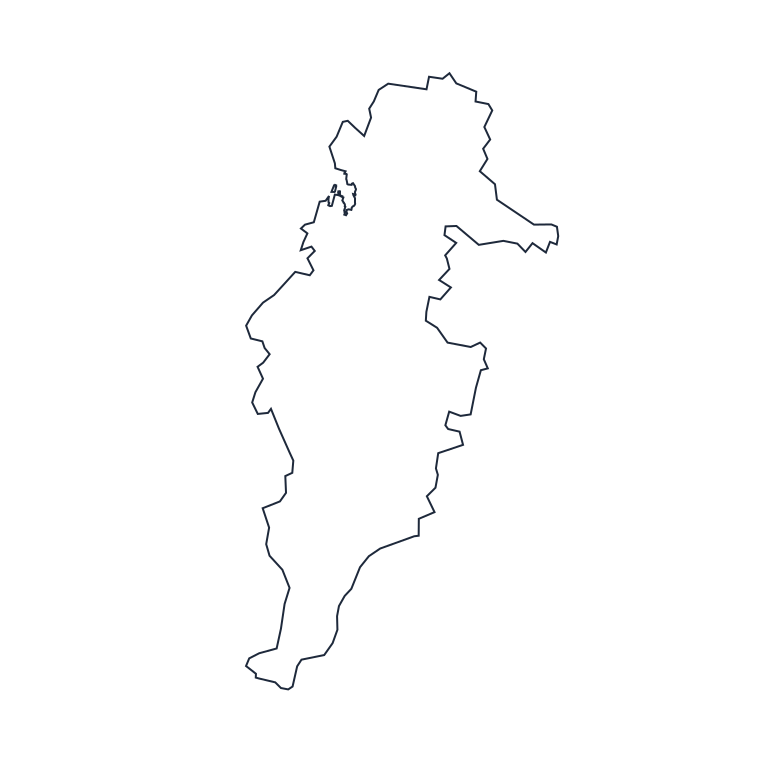 Kitab, Kashkadarya, Uzbekistan, rotated 100°
{"feature_id": "79887680B27761464779200", "entity_name": "Kitab", "entity_type": "district", "adm_level": 2, "iso_a3": "UZB", "parent_name": "Uzbekistan", "parent_adm1": "Kashkadarya", "projection": "mercator", "projection_center": [67.005, 39.192], "detail": "fine", "context": "isolated", "style": "outline", "palette": "slate", "viewbox_px": 768, "rotation_deg": 100, "n_neighbors": 0, "source": "geoboundaries", "source_scale": "gbopen_adm2", "svg_char_len": 3144}
<svg xmlns="http://www.w3.org/2000/svg" viewBox="0 0 768 768"><g transform="rotate(100 384 384)"><path d="M527.4,323.5L510.7,326.3L501.4,312.0L487.1,322.3L477.2,315.3L464.1,315.2L458.1,318.2L442.7,318.6L430.2,295.6L417.8,301.3L417.2,313.0L414.0,316.4L399.9,315.0L402.1,303.0L398.9,293.4L371.7,292.8L353.6,291.0L350.6,284.5L342.3,290.0L331.3,289.7L326.5,296.5L332.5,305.0L332.2,328.6L319.4,341.5L314.4,353.8L305.6,354.8L290.3,354.4L290.9,343.2L277.3,334.9L272.0,347.8L259.3,339.5L249.5,343.9L246.7,346.1L232.5,337.4L226.9,350.3L218.1,350.7L215.8,340.1L230.5,314.8L222.3,291.3L222.6,277.0L229.4,267.6L219.5,262.2L226.4,247.4L215.2,245.2L216.6,238.2L208.1,238.1L199.1,241.0L197.8,246.9L201.0,264.0L182.9,304.8L168.0,309.4L157.8,326.6L144.4,321.2L135.1,327.2L124.8,321.9L113.5,329.8L95.8,324.9L90.2,329.8L89.9,342.9L80.1,343.9L75.4,365.0L66.6,373.5L73.2,379.3L73.6,393.0L86.4,393.3L87.5,432.0L95.3,440.3L107.5,443.1L115.4,446.4L123.9,443.0L143.2,446.6L136.9,456.7L131.1,465.4L133.0,470.1L148.7,473.6L159.7,479.0L175.2,470.7L180.0,469.4L180.8,463.4L181.2,458.8L183.0,459.3L183.1,459.6L183.8,459.6L183.7,457.4L184.0,457.1L188.8,456.8L189.3,456.4L192.0,455.3L193.4,454.9L193.8,454.0L193.5,450.5L192.3,450.4L191.6,449.4L194.2,446.9L195.5,446.5L196.8,445.5L197.4,445.4L200.1,446.0L201.2,445.6L202.3,444.9L203.1,445.0L203.1,445.9L202.4,446.5L202.3,447.4L203.4,446.9L206.1,444.8L210.3,444.1L211.6,443.7L212.8,444.0L214.0,444.7L214.5,445.6L215.9,446.4L217.3,446.3L218.2,446.4L218.1,449.1L219.1,451.0L221.2,450.8L222.4,449.9L224.4,450.7L224.1,452.5L222.5,452.2L221.8,452.7L220.8,452.6L220.5,453.2L219.9,453.4L216.2,452.8L215.8,453.5L214.6,453.5L213.4,454.1L212.7,455.1L212.3,455.1L212.0,455.7L211.7,455.8L211.3,456.0L210.6,456.9L207.4,456.4L207.3,457.3L206.6,457.4L206.6,457.6L206.3,457.7L206.3,458.6L206.7,458.8L206.6,459.3L206.0,459.2L205.9,459.4L206.0,461.0L205.4,461.0L205.2,460.3L204.4,460.4L201.9,460.8L201.8,461.1L202.1,461.7L202.2,462.4L203.1,462.4L203.2,461.9L204.9,462.1L204.9,461.8L205.9,461.9L206.0,465.3L217.6,466.3L218.2,468.0L217.7,469.9L216.5,469.8L216.0,469.3L215.1,469.4L214.6,470.2L211.6,470.8L208.4,470.8L213.7,473.3L215.6,479.0L236.9,481.2L240.8,489.5L245.3,492.8L249.0,485.6L258.1,488.0L266.7,489.2L261.3,479.3L265.0,475.3L273.5,481.2L284.3,473.2L289.8,476.0L289.0,490.9L304.5,500.7L315.5,507.7L324.9,517.3L339.4,526.0L350.5,529.9L362.3,523.1L363.1,511.2L369.3,507.8L374.5,501.8L384.0,506.7L389.0,511.5L399.8,504.1L414.4,509.2L425.1,510.6L435.4,503.1L432.6,493.2L428.1,491.0L446.2,479.7L467.4,465.4L475.2,460.0L487.4,458.9L491.8,465.2L508.2,461.6L517.7,466.1L527.4,481.9L545.4,472.2L562.2,472.2L573.0,466.9L584.6,451.8L601.2,441.6L617.9,443.7L642.8,443.0L663.1,443.8L670.8,460.1L677.6,469.1L685.7,470.9L691.6,459.8L695.4,459.3L695.7,456.3L696.7,439.3L701.3,432.7L701.4,425.3L697.8,421.5L677.1,420.5L669.8,417.4L661.3,395.8L648.1,389.6L634.1,387.2L620.8,389.9L610.5,389.8L599.5,385.9L591.4,380.6L568.6,375.8L556.2,369.0L546.7,359.2L528.7,327.8L527.4,323.5ZM203.9,469.1L203.5,466.2L203.0,465.7L198.2,465.4L198.2,465.7L196.7,465.6L196.4,466.9L197.1,467.4L197.1,467.7L203.9,469.1Z" fill="none" stroke="#1e293b" stroke-width="2"/></g></svg>